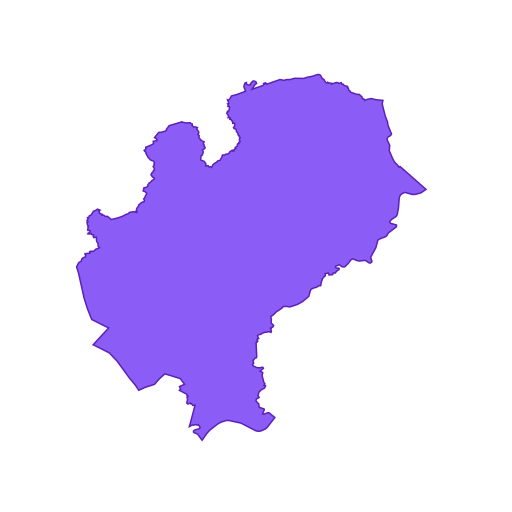 the district of Long Thanh, Đồng Nai, Vietnam, rotated 252°
{"feature_id": "81297802B3720110239063", "entity_name": "Long Thanh", "entity_type": "district", "adm_level": 2, "iso_a3": "VNM", "parent_name": "Vietnam", "parent_adm1": "Đồng Nai", "projection": "equal_earth", "projection_center": [107.054, 10.757], "detail": "fine", "context": "isolated", "style": "filled", "palette": "violet", "viewbox_px": 512, "rotation_deg": 252, "n_neighbors": 0, "source": "geoboundaries", "source_scale": "gbopen_adm2", "svg_char_len": 6139}
<svg xmlns="http://www.w3.org/2000/svg" viewBox="0 0 512 512"><g transform="rotate(252 256 256)"><path d="M97.4,147.8L101.9,153.6L104.6,158.1L108.1,167.8L108.8,171.6L108.7,177.3L107.6,180.0L101.7,190.1L89.9,201.7L88.7,203.7L88.1,206.1L88.3,209.1L88.6,211.4L89.5,213.7L96.6,224.0L103.0,219.9L103.3,218.7L103.2,214.2L103.9,213.5L107.1,216.3L108.1,216.4L111.1,212.3L114.6,212.9L117.7,211.3L118.6,211.3L119.8,212.1L120.5,215.3L122.5,214.7L125.6,216.7L127.1,219.7L127.7,223.2L129.5,225.0L129.8,225.0L130.5,223.7L131.7,225.0L133.5,224.4L140.5,224.9L143.1,226.4L145.3,224.2L146.8,228.3L147.8,228.2L148.3,227.7L148.5,225.1L149.7,222.1L152.2,219.6L153.9,219.1L154.8,220.7L157.7,220.8L157.9,221.9L159.1,223.2L159.1,225.0L160.1,225.6L173.6,229.3L173.7,230.2L174.4,230.2L174.5,231.3L176.5,231.3L176.7,233.1L179.6,232.7L180.2,233.4L180.1,236.7L180.6,238.2L180.7,241.0L180.3,242.2L180.1,244.9L178.7,246.7L179.8,247.5L181.0,247.1L182.0,248.0L182.9,247.4L183.4,250.5L184.5,251.3L187.6,249.7L191.1,251.1L193.7,251.2L194.9,254.8L196.5,257.8L198.5,264.8L199.5,266.3L198.7,269.3L197.1,272.5L197.1,280.3L198.3,286.4L201.3,293.7L206.6,297.3L207.4,298.3L207.8,301.6L207.5,303.4L208.3,306.9L207.8,308.4L210.6,309.8L213.9,312.3L215.1,314.1L215.7,315.8L217.8,316.2L217.5,319.5L215.4,319.6L214.6,322.7L214.7,323.3L216.0,324.1L215.3,326.1L216.7,328.1L217.4,330.7L218.2,331.2L218.9,331.0L219.6,328.7L220.8,328.1L221.6,328.6L222.0,332.4L219.0,334.7L218.2,336.9L220.4,341.4L222.9,344.9L223.3,346.5L223.1,347.6L220.9,350.0L219.3,352.6L218.1,358.6L214.6,361.3L214.0,362.4L214.3,363.9L215.0,364.6L219.3,364.6L226.9,372.6L233.4,376.8L234.0,378.9L234.3,384.9L234.8,386.6L237.1,389.1L240.3,398.5L242.1,399.2L245.6,394.0L247.3,393.7L248.8,396.1L250.4,401.6L251.6,403.0L257.8,406.4L266.8,410.1L269.2,411.9L270.3,414.7L270.4,417.4L266.3,423.5L265.3,426.7L265.1,432.5L266.8,438.3L296.7,420.6L296.2,419.3L298.6,418.8L302.5,416.8L306.2,416.1L315.0,415.3L319.9,417.4L326.0,416.6L327.4,417.2L328.4,418.3L328.9,421.1L330.1,422.6L339.7,421.9L342.8,422.5L349.2,422.2L358.9,422.8L361.8,423.1L364.8,424.8L367.6,418.3L370.1,414.4L370.6,410.4L370.4,407.4L371.5,407.5L373.0,405.8L374.5,406.0L377.7,404.2L378.9,401.3L382.7,396.5L384.1,396.3L384.8,395.5L387.2,395.7L387.9,394.9L389.0,395.5L390.8,392.5L392.3,392.2L392.9,390.8L394.5,390.7L394.5,388.0L395.3,387.7L396.2,386.1L396.2,381.0L397.0,381.2L397.8,379.1L398.3,378.8L398.2,378.1L399.1,377.8L398.9,376.8L399.2,376.0L403.2,375.0L404.3,373.9L408.0,373.2L409.2,371.9L409.6,370.4L409.5,365.3L410.2,359.9L410.1,356.4L413.1,347.6L413.3,342.9L414.3,339.7L414.4,337.0L416.4,333.3L416.1,319.3L417.8,318.6L417.7,316.6L416.8,317.1L416.0,314.9L415.8,303.7L419.3,308.0L419.9,309.9L421.8,309.7L423.1,308.2L423.3,307.0L421.6,304.0L420.7,303.8L420.7,301.8L422.6,299.9L423.9,300.5L423.8,298.8L420.9,296.8L415.9,296.9L415.5,287.5L415.8,282.1L413.2,279.3L412.8,278.1L413.4,277.2L409.9,277.4L409.5,277.1L409.5,276.0L408.1,276.5L407.0,275.4L406.2,276.8L405.1,276.6L402.5,275.1L402.4,273.5L401.6,273.4L401.0,272.3L397.7,273.2L396.2,272.2L395.5,274.1L394.1,273.3L393.3,274.7L392.1,274.7L391.4,275.4L389.3,274.8L389.2,276.3L388.6,276.7L386.1,275.8L385.2,274.3L384.0,274.5L383.1,275.8L381.9,276.3L380.7,275.8L377.8,276.8L376.7,276.3L375.8,277.2L374.5,276.8L373.7,277.6L371.9,276.1L369.6,276.2L369.4,274.7L368.3,274.6L368.3,273.0L366.3,272.2L365.7,269.9L365.1,269.5L364.4,269.9L363.9,268.0L362.7,267.6L362.8,266.5L363.7,266.5L364.0,266.1L363.2,263.3L362.1,262.1L361.7,260.5L362.2,258.9L361.8,257.3L362.4,255.2L360.6,254.1L358.1,251.3L358.3,249.1L357.3,247.1L356.8,244.8L356.0,243.1L353.9,241.2L355.0,240.3L355.1,238.9L356.7,238.4L357.2,236.0L359.1,236.8L362.1,235.9L364.0,233.5L364.7,233.1L368.2,234.7L368.7,236.3L371.3,238.0L373.4,237.8L374.1,240.6L375.1,241.2L376.3,240.6L377.6,241.0L378.7,240.5L380.7,241.9L382.3,240.0L386.3,238.2L387.9,239.2L389.7,238.3L390.6,239.5L391.8,239.9L395.2,238.9L396.2,240.0L397.3,238.7L398.0,236.5L399.6,235.7L401.2,236.2L401.5,235.5L403.1,234.5L404.1,230.7L406.0,227.3L406.5,227.1L406.8,213.7L404.1,209.9L403.1,209.6L402.8,207.6L403.0,203.9L403.6,202.1L403.4,201.3L400.0,196.1L397.8,197.8L396.4,197.5L396.8,193.7L394.5,193.2L394.0,191.1L393.5,184.7L391.4,184.0L391.1,182.3L389.7,182.6L388.6,183.5L387.4,183.0L383.0,183.9L379.8,185.4L378.1,187.7L376.6,188.4L374.9,187.3L373.8,187.3L372.9,185.8L371.3,186.3L369.3,186.0L368.8,184.7L368.0,184.5L367.4,182.9L365.7,181.2L363.3,181.9L362.1,183.0L361.1,183.4L360.2,182.0L360.0,180.4L358.7,178.4L358.5,176.9L356.8,174.9L355.9,174.7L355.2,173.4L355.5,170.5L352.7,168.8L351.8,170.1L349.5,171.4L348.9,171.2L347.0,169.0L346.1,168.6L345.0,166.8L343.4,167.1L342.4,166.7L342.2,163.5L340.7,160.1L339.5,159.6L339.0,158.3L338.0,157.3L335.9,155.9L335.1,156.6L334.2,156.0L335.9,153.6L336.6,149.4L335.6,147.2L335.8,145.7L335.0,141.1L334.9,136.4L335.4,129.7L339.6,127.0L340.4,124.6L341.8,123.9L342.4,122.2L343.1,122.7L345.0,120.3L346.2,120.8L347.4,120.3L347.8,121.8L349.6,119.7L349.0,118.0L348.8,115.2L346.0,112.0L345.7,109.9L344.5,109.0L344.6,107.6L343.1,107.8L342.3,106.5L341.6,106.1L340.6,106.9L339.9,105.5L337.0,105.4L336.2,105.9L335.6,105.1L334.4,104.9L332.8,103.9L332.2,104.1L331.8,105.3L331.0,106.0L329.7,105.0L329.6,103.5L329.1,102.9L328.3,104.6L328.3,106.3L327.3,106.3L326.2,108.0L324.8,107.2L323.6,107.5L323.2,110.0L320.2,109.1L318.3,109.1L316.9,109.7L313.8,108.8L312.4,109.8L312.0,108.8L312.0,105.8L310.6,102.9L311.8,99.8L311.4,99.0L310.3,99.3L310.0,98.7L311.1,94.2L310.6,93.9L309.1,94.2L307.8,93.4L307.8,91.1L306.9,89.3L305.2,88.3L304.4,85.2L301.1,82.0L294.3,81.9L269.2,79.5L257.7,79.4L246.9,80.1L246.2,80.3L233.1,93.6L221.9,73.7L209.1,86.6L199.0,91.4L179.1,97.9L170.3,101.4L164.5,103.0L165.3,109.9L165.3,119.8L169.1,126.2L172.1,132.9L162.9,146.0L156.1,148.4L155.5,142.9L152.7,143.1L151.9,141.6L146.0,147.4L144.9,147.3L143.9,148.2L143.5,148.1L143.1,146.7L140.8,146.6L137.6,144.7L136.2,145.6L136.4,148.0L135.7,148.2L135.7,148.9L133.4,149.7L132.9,151.9L114.3,139.9L115.0,143.3L114.3,144.3L114.5,145.3L114.2,146.6L113.3,147.8L113.3,149.1L110.0,150.0L109.3,148.1L109.5,144.2L109.1,142.7L108.0,142.1L107.2,142.4L104.8,145.3L97.4,147.8Z" fill="#8b5cf6" stroke="#5b21b6" stroke-width="1.5"/></g></svg>